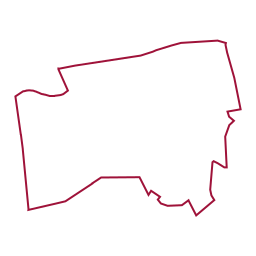 the district of Mutare Urban, Manicaland, Zimbabwe
{"feature_id": "62879985B34329227357286", "entity_name": "Mutare Urban", "entity_type": "district", "adm_level": 2, "iso_a3": "ZWE", "parent_name": "Zimbabwe", "parent_adm1": "Manicaland", "projection": "natural_earth1", "projection_center": [32.581, -18.995], "detail": "fine", "context": "isolated", "style": "outline", "palette": "rose", "viewbox_px": 256, "rotation_deg": 0, "n_neighbors": 0, "source": "geoboundaries", "source_scale": "gbopen_adm2", "svg_char_len": 1629}
<svg xmlns="http://www.w3.org/2000/svg" viewBox="0 0 256 256"><path d="M233.9,120.8L229.1,116.7L227.5,111.6L240.6,109.3L234.3,77.9L227.4,53.5L227.2,52.9L225.5,44.8L225.9,43.0L217.9,40.7L217.7,40.6L181.0,42.9L171.5,45.5L156.2,50.2L152.8,51.7L140.6,55.6L132.6,56.8L75.1,65.6L59.7,68.6L59.4,68.6L58.4,68.5L58.4,69.1L58.5,69.5L67.9,90.6L63.3,94.1L63.1,94.1L62.8,94.3L62.4,94.4L62.1,94.5L61.7,94.7L61.5,94.8L61.2,94.8L60.8,94.9L60.5,95.0L60.2,95.1L54.8,95.8L54.5,96.0L54.1,96.0L53.8,96.0L53.4,96.0L52.6,96.0L52.2,96.0L51.8,96.0L51.4,96.0L51.0,96.0L50.5,96.0L50.1,96.0L49.7,96.0L49.4,95.9L44.9,94.6L44.6,94.6L44.4,94.6L44.2,94.5L43.8,94.4L43.5,94.4L43.1,94.2L42.6,94.2L42.1,94.1L41.8,94.0L41.4,93.9L41.1,93.8L40.1,93.3L39.7,93.2L39.2,92.9L38.7,92.7L38.2,92.5L37.6,92.3L37.1,92.1L36.6,91.8L36.2,91.7L35.8,91.5L35.4,91.4L34.9,91.3L34.4,91.1L33.9,90.9L33.6,90.8L33.3,90.7L33.0,90.6L32.5,90.6L32.2,90.6L31.9,90.5L31.0,90.5L30.6,90.4L30.0,90.4L29.6,90.3L29.3,90.3L28.9,90.3L28.6,90.3L28.4,90.4L27.9,90.4L27.7,90.4L27.4,90.5L26.8,90.5L26.4,90.5L26.0,90.8L25.7,90.9L25.3,90.9L25.0,91.0L24.7,91.1L24.2,91.2L23.8,91.2L23.6,91.2L23.4,91.3L23.1,91.3L15.4,96.4L15.5,97.1L20.7,133.9L20.7,134.2L20.9,134.4L22.8,149.1L22.8,149.6L28.5,209.2L28.4,209.9L55.7,203.6L65.4,201.3L92.4,183.5L92.3,183.3L101.1,177.5L113.7,177.4L139.5,177.2L148.5,194.9L151.1,190.8L160.0,196.8L157.8,199.6L160.9,203.5L167.6,205.8L181.9,205.2L188.5,200.3L188.6,200.6L196.2,215.4L214.3,200.1L211.4,195.4L210.2,189.7L212.5,162.2L213.6,161.2L217.5,163.1L223.4,166.8L224.3,167.4L226.7,167.4L225.2,136.6L229.3,125.1L233.9,120.8Z" fill="none" stroke="#9f1239" stroke-width="2"/></svg>